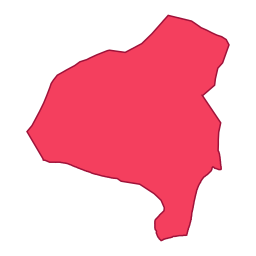 Hajjah City, Hajjah, Yemen (Natural Earth projection)
{"feature_id": "15242507B42868066819458", "entity_name": "Hajjah City", "entity_type": "district", "adm_level": 2, "iso_a3": "YEM", "parent_name": "Yemen", "parent_adm1": "Hajjah", "projection": "natural_earth1", "projection_center": [43.605, 15.684], "detail": "fine", "context": "isolated", "style": "filled", "palette": "rose", "viewbox_px": 256, "rotation_deg": 0, "n_neighbors": 0, "source": "geoboundaries", "source_scale": "gbopen_adm2", "svg_char_len": 4248}
<svg xmlns="http://www.w3.org/2000/svg" viewBox="0 0 256 256"><path d="M43.3,160.1L45.1,160.3L49.6,162.2L50.4,162.2L51.5,162.2L53.0,162.2L53.5,162.2L54.8,162.2L55.3,162.2L55.8,162.3L56.3,162.2L56.9,162.2L57.3,162.2L58.0,162.2L58.5,162.2L59.0,162.2L59.4,162.2L60.2,162.3L60.7,162.3L61.2,162.6L61.7,162.6L62.2,162.6L63.3,162.9L64.0,162.9L64.5,163.0L65.3,163.2L65.8,163.1L66.3,163.4L66.9,163.4L67.3,163.6L67.9,163.7L69.0,164.2L69.7,164.5L70.2,164.7L70.8,164.7L71.6,165.2L72.6,165.7L73.0,165.9L73.9,166.2L74.7,166.6L75.6,166.9L76.3,167.0L77.6,167.8L78.0,167.8L79.0,168.3L79.8,168.5L80.5,168.9L81.7,169.3L82.4,169.5L83.0,169.8L84.0,170.2L84.9,170.6L85.9,170.8L86.5,171.2L87.3,171.4L88.5,171.6L89.0,172.0L90.3,172.2L91.0,172.7L91.4,172.9L91.8,173.1L93.5,173.6L94.4,173.9L96.0,174.3L96.6,174.3L98.4,174.9L99.1,175.0L100.3,175.4L100.7,175.5L102.1,175.9L102.5,176.0L103.1,176.1L104.0,176.2L104.5,176.4L105.4,176.6L105.9,176.7L106.5,176.8L107.3,176.9L107.7,177.1L108.6,177.1L109.1,177.3L109.5,177.4L110.3,177.6L110.7,177.6L111.5,177.9L112.2,178.0L112.7,178.0L113.6,178.2L114.2,178.2L115.2,178.3L116.0,178.4L116.6,178.4L117.4,178.6L121.1,181.2L139.7,184.2L154.1,193.6L157.0,196.3L161.1,200.3L164.3,207.7L164.0,210.7L163.8,210.9L163.1,211.7L162.6,212.1L162.3,212.4L161.9,212.9L160.9,213.7L160.5,214.2L159.6,215.0L159.0,215.9L158.2,216.7L157.5,217.5L156.8,218.2L156.4,218.5L155.7,219.4L155.2,220.0L155.0,220.8L154.9,221.3L154.9,222.0L154.9,222.5L154.8,223.1L154.9,223.8L154.9,224.6L154.9,225.2L154.9,225.9L154.9,226.4L154.9,226.9L154.9,227.4L154.9,227.9L155.0,228.3L155.2,229.0L155.2,229.6L156.1,230.4L156.5,231.3L156.3,232.6L156.3,233.1L156.6,233.6L157.0,234.7L157.2,235.3L157.5,236.0L158.0,237.0L158.4,237.6L159.0,238.2L159.3,238.9L159.7,239.2L160.4,239.8L161.1,240.6L162.0,240.3L162.6,240.0L163.0,239.9L163.3,239.4L163.8,239.2L164.3,239.2L164.8,238.9L165.2,238.9L166.0,238.5L166.8,238.5L167.2,238.4L168.1,238.1L168.8,237.9L169.9,237.7L170.7,237.6L171.3,237.3L172.1,237.2L172.5,236.8L173.3,236.4L173.8,236.4L174.4,236.4L175.0,236.4L175.5,236.3L176.2,236.2L177.7,235.9L179.5,235.6L180.8,235.6L181.8,235.6L182.8,235.6L183.5,235.3L183.9,235.3L184.4,235.3L185.0,235.3L185.5,235.3L185.9,235.3L186.7,235.1L186.9,234.0L187.3,233.0L187.3,232.5L187.5,231.8L187.7,231.3L187.7,230.7L188.0,230.0L188.3,229.4L188.3,228.9L188.4,228.4L188.6,227.9L188.9,227.4L189.1,226.5L189.5,225.5L189.7,224.8L189.9,223.9L190.1,223.0L190.3,222.3L190.6,221.5L190.6,221.0L190.8,220.1L191.2,219.4L191.2,218.7L191.1,218.2L191.3,217.6L191.2,217.1L191.5,216.5L191.6,215.7L191.7,214.7L191.7,214.2L191.7,213.7L191.9,212.9L191.9,212.2L192.2,211.7L192.2,211.1L192.5,210.2L192.7,209.3L192.7,208.8L192.9,208.2L193.1,207.4L193.2,206.3L193.5,205.0L193.9,203.0L194.0,202.0L194.3,200.6L194.6,199.6L194.6,199.0L194.9,198.3L195.0,197.5L195.2,196.9L195.2,196.2L195.5,195.7L195.5,195.2L195.9,193.8L196.1,193.2L196.2,192.9L196.3,192.0L196.6,191.0L196.7,190.3L196.8,189.8L197.2,189.3L197.5,188.3L197.8,187.3L198.2,186.7L198.3,186.1L198.8,185.2L199.0,184.7L199.3,184.1L199.6,183.6L200.0,182.9L200.4,182.6L200.8,181.3L201.4,180.4L202.0,179.4L202.5,178.8L202.9,178.3L203.4,177.5L204.0,176.9L204.8,176.5L205.4,175.9L205.9,175.5L206.6,175.0L207.3,174.6L211.0,171.0L211.8,169.5L212.0,168.1L212.6,167.0L213.6,167.1L214.8,168.3L216.1,168.5L218.9,169.6L219.5,169.6L220.1,169.6L221.0,169.4L221.2,168.9L221.1,168.1L221.1,167.1L221.0,166.3L220.7,165.7L220.7,165.2L220.7,164.7L220.7,164.2L220.5,163.7L220.5,162.3L220.4,161.2L220.2,160.4L220.2,159.3L220.0,158.3L220.0,157.1L219.7,156.3L219.6,155.2L219.5,154.4L219.3,153.6L219.0,152.6L218.8,151.8L218.4,151.4L218.3,150.8L218.1,150.6L218.3,144.4L218.3,139.8L218.7,132.3L220.7,122.8L202.3,95.4L202.8,95.4L214.6,85.2L215.4,78.7L217.8,68.2L221.9,63.6L222.6,62.8L227.5,49.0L229.0,44.9L226.2,39.6L221.7,36.7L216.8,35.1L211.6,32.7L206.6,30.1L206.1,29.9L201.1,27.7L196.3,24.3L191.6,21.1L168.2,15.4L162.8,21.4L162.7,21.6L151.9,33.8L141.8,43.6L125.2,52.4L114.3,50.9L109.5,50.2L107.3,50.7L102.2,52.7L96.9,54.8L92.1,57.0L89.7,58.1L86.8,59.6L81.5,61.3L79.9,61.8L74.7,65.6L70.0,68.1L66.3,70.1L61.6,72.8L57.3,75.2L53.5,80.0L51.2,83.5L49.9,87.4L46.8,95.5L43.8,102.8L39.7,111.2L35.5,119.1L32.0,125.6L27.0,131.6L42.9,158.6L43.3,160.1Z" fill="#f43f5e" stroke="#9f1239" stroke-width="1.5"/></svg>